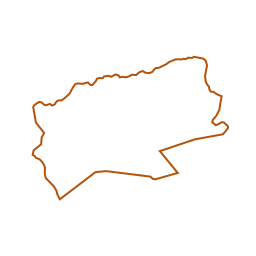 Minas do Leão, Rio Grande do Sul, Brazil, rotated 71°
{"feature_id": "56859067B4041137923499", "entity_name": "Minas do Leão", "entity_type": "district", "adm_level": 2, "iso_a3": "BRA", "parent_name": "Brazil", "parent_adm1": "Rio Grande do Sul", "projection": "robinson", "projection_center": [-52.102, -30.074], "detail": "fine", "context": "isolated", "style": "outline", "palette": "amber", "viewbox_px": 256, "rotation_deg": 71, "n_neighbors": 0, "source": "geoboundaries", "source_scale": "gbopen_adm2", "svg_char_len": 1389}
<svg xmlns="http://www.w3.org/2000/svg" viewBox="0 0 256 256"><g transform="rotate(71 128 128)"><path d="M164.8,40.5L162.9,36.8L160.5,33.4L158.8,33.0L154.1,35.4L153.0,37.6L153.7,40.6L154.0,44.1L149.8,46.5L147.9,45.1L145.3,40.6L140.4,35.6L134.2,32.4L128.5,29.1L126.0,31.9L123.3,34.4L121.5,35.6L120.5,38.0L118.0,38.5L115.3,38.0L112.9,38.9L109.8,39.4L107.1,38.9L103.6,38.1L94.6,32.9L89.7,32.6L87.1,34.0L82.1,42.5L82.6,44.5L81.1,48.4L81.7,51.0L80.7,52.7L80.6,55.0L79.3,58.4L78.6,60.8L78.8,64.4L79.1,67.9L80.3,71.8L80.7,75.9L81.1,78.7L80.4,82.7L83.0,87.2L83.0,90.3L81.2,93.8L78.9,95.6L78.9,98.8L80.6,103.1L78.9,106.8L79.5,111.1L79.4,113.4L77.8,116.5L77.4,119.3L75.1,119.9L73.3,122.4L74.1,127.3L72.3,129.2L71.5,133.9L72.7,135.8L71.5,138.4L71.3,141.3L73.0,142.9L75.8,147.7L75.0,149.6L71.9,151.0L71.4,156.8L69.6,160.7L69.3,163.6L71.7,166.9L76.5,172.1L79.3,178.5L80.3,182.2L79.3,184.4L79.6,186.8L81.9,189.8L82.0,192.5L79.8,194.0L79.8,198.1L78.6,199.8L75.5,201.5L74.4,203.8L75.8,209.0L77.3,210.8L92.8,213.3L105.4,208.9L108.6,212.6L115.1,215.4L118.4,224.5L122.4,226.9L123.9,225.5L126.3,224.7L128.6,221.9L131.7,220.4L135.3,219.5L138.5,219.4L144.1,221.6L148.7,222.0L159.0,217.1L164.1,216.1L167.8,216.4L173.2,215.7L159.2,173.3L159.7,170.8L161.6,162.8L181.3,122.6L184.0,121.3L185.4,119.1L186.0,108.1L186.7,95.6L160.2,105.4L160.5,68.4L164.8,40.5Z" fill="none" stroke="#b45309" stroke-width="2"/></g></svg>